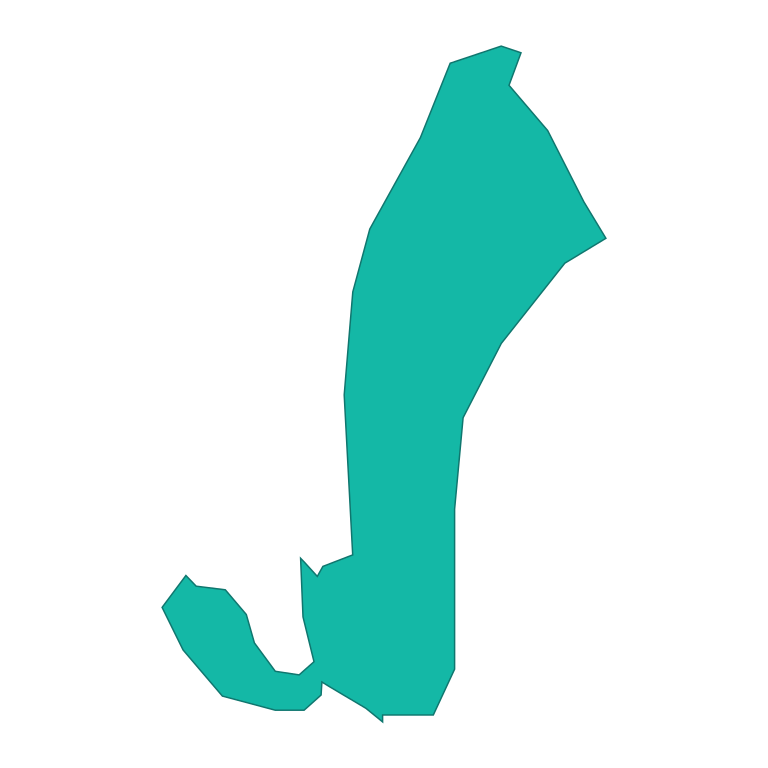 an SVG outline of Butel
{"feature_id": "MKD-2921", "entity_name": "Butel", "entity_type": "Municipality", "adm_level": 1, "iso_a3": "MKD", "parent_name": "North Macedonia", "parent_adm1": "", "projection": "orthographic", "projection_center": [21.441, 42.07], "detail": "fine", "context": "isolated", "style": "filled", "palette": "teal", "viewbox_px": 768, "rotation_deg": 0, "n_neighbors": 0, "source": "natural_earth", "source_scale": "10m", "svg_char_len": 668}
<svg xmlns="http://www.w3.org/2000/svg" viewBox="0 0 768 768"><path d="M300.6,558.3L304.5,562.3L317.3,576.4L322.9,566.4L352.7,554.9L344.2,394.9L352.8,291.9L369.8,229.0L420.4,137.6L450.2,63.2L501.2,46.1L521.0,52.8L509.0,85.3L547.7,130.6L583.9,201.9L605.9,238.3L564.8,263.2L501.3,343.4L463.1,417.7L454.6,509.2L454.6,560.7L454.6,606.4L454.6,669.2L433.3,715.0L382.6,715.0L382.6,721.9L365.9,708.3L330.0,687.0L321.9,682.0L321.1,695.0L304.1,710.2L275.3,710.2L222.4,696.1L183.1,650.0L162.1,607.4L185.9,575.5L196.2,586.2L225.3,589.8L246.3,614.5L254.4,642.9L275.3,671.3L299.1,674.9L314.0,661.7L303.0,616.9L300.6,558.3Z" fill="#14b8a6" stroke="#0f766e" stroke-width="1.5"/></svg>